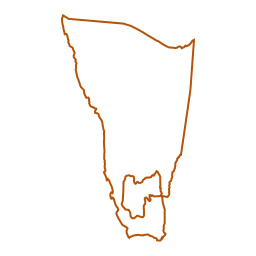 Mondol Seima, Kaôh Kong, Cambodia
{"feature_id": "14789045B23229264663112", "entity_name": "Mondol Seima", "entity_type": "district", "adm_level": 2, "iso_a3": "KHM", "parent_name": "Cambodia", "parent_adm1": "Kaôh Kong", "projection": "equal_earth", "projection_center": [102.98, 11.754], "detail": "fine", "context": "isolated", "style": "outline", "palette": "amber", "viewbox_px": 256, "rotation_deg": 0, "n_neighbors": 0, "source": "geoboundaries", "source_scale": "gbopen_adm2", "svg_char_len": 5819}
<svg xmlns="http://www.w3.org/2000/svg" viewBox="0 0 256 256"><path d="M163.0,203.6L162.5,200.7L162.5,198.9L162.0,196.9L161.9,196.2L162.6,196.1L165.8,196.7L166.4,196.6L167.1,197.1L167.5,196.9L168.3,196.1L169.2,194.5L169.3,192.9L168.9,192.3L169.3,191.2L168.9,189.2L169.0,188.7L169.5,188.0L169.6,187.5L169.2,186.4L169.2,185.6L169.3,185.0L169.7,184.4L169.8,184.1L169.5,183.3L169.4,182.4L169.7,181.9L170.8,181.1L171.2,180.3L171.5,178.9L172.2,177.3L172.2,174.6L172.4,172.3L172.6,172.0L173.5,171.5L173.7,171.3L174.4,169.4L174.6,168.9L174.6,168.5L175.0,167.9L175.1,166.8L175.4,165.2L175.3,164.4L175.3,163.0L175.8,162.6L176.3,161.4L176.9,160.5L177.3,159.6L177.2,158.8L177.4,158.5L178.0,158.0L178.2,157.3L179.2,157.2L179.3,157.0L179.3,156.3L179.7,155.7L179.9,155.2L180.3,154.8L180.7,154.6L181.0,154.7L190.4,90.1L194.0,39.9L192.6,40.6L189.7,44.5L187.7,45.8L187.1,45.7L186.3,46.2L185.4,45.7L183.9,47.4L182.7,47.5L181.9,48.3L181.0,47.2L180.4,46.7L179.8,46.5L179.2,46.4L178.4,46.8L176.7,47.8L175.3,48.1L173.2,47.7L169.7,47.5L168.4,47.2L165.9,46.0L161.9,43.7L158.6,41.4L156.3,40.4L147.0,34.9L143.6,32.7L137.7,29.4L130.8,25.9L123.4,23.6L68.8,18.9L63.1,15.4L62.0,18.8L62.2,22.3L62.6,24.4L63.3,26.8L63.4,27.3L63.3,28.4L63.8,30.1L64.5,32.7L64.6,33.4L64.6,34.1L64.8,34.3L66.3,34.0L66.6,34.2L66.9,34.8L67.6,36.9L68.0,39.2L68.5,40.3L68.6,40.8L68.3,41.6L68.3,42.3L69.1,44.1L69.7,45.9L70.0,46.2L71.5,47.0L72.5,47.7L72.9,48.4L73.3,49.9L74.1,51.5L74.5,52.6L74.6,53.3L73.7,55.6L73.7,56.9L74.5,58.3L75.5,59.3L75.7,59.7L75.8,60.0L75.4,60.8L75.3,61.2L76.5,63.2L76.5,63.6L76.1,64.6L76.0,65.4L76.1,67.6L76.1,68.0L75.8,68.8L75.7,69.8L76.2,71.8L76.9,75.2L77.5,77.8L78.2,79.2L78.6,80.4L78.9,81.4L79.3,82.4L80.1,85.1L81.0,87.1L82.0,88.0L83.7,89.9L84.1,91.2L84.1,92.5L84.3,93.5L84.7,94.2L84.7,94.8L85.8,96.7L86.1,97.5L86.3,97.8L86.5,97.8L88.0,97.5L88.3,97.6L89.0,98.5L89.2,99.3L89.1,99.6L88.8,100.3L89.5,101.7L89.5,102.2L89.1,103.0L89.3,103.7L90.3,105.9L90.9,106.4L92.0,106.8L92.6,107.3L93.3,107.3L93.7,107.4L94.3,108.0L95.0,108.5L96.1,108.6L96.3,108.8L95.9,109.6L95.1,111.3L94.9,112.2L95.0,112.7L95.6,113.0L97.5,113.4L98.4,114.1L98.6,114.4L98.9,116.1L99.9,118.0L101.4,120.1L102.1,121.7L102.5,123.7L102.8,126.1L103.2,127.5L103.4,129.4L104.1,130.8L104.2,131.4L104.0,133.5L104.2,138.3L104.0,141.3L104.0,143.8L104.2,146.6L104.2,148.0L104.4,149.0L104.5,151.9L104.3,154.2L104.2,158.9L104.8,160.7L104.8,161.4L104.6,162.5L104.8,162.8L105.0,164.2L104.7,165.6L104.7,167.3L105.4,170.4L105.3,171.0L105.1,171.4L103.9,172.2L104.9,174.3L106.4,177.9L106.8,180.3L107.2,180.3L107.5,180.1L107.6,179.3L107.7,179.0L108.7,179.9L109.7,181.8L109.7,182.1L110.1,183.0L110.2,183.4L111.3,185.6L111.6,186.6L112.1,187.7L112.4,189.6L112.6,190.1L112.8,190.9L112.8,191.8L112.5,193.2L111.9,192.8L111.5,192.3L111.4,192.3L111.2,192.4L110.8,193.0L110.5,193.6L110.3,194.5L110.3,195.4L110.6,197.0L110.8,197.5L110.9,198.2L111.3,198.7L111.8,198.7L112.1,197.6L112.3,197.5L113.0,197.7L113.4,198.2L114.1,199.7L114.9,202.8L115.8,205.4L116.8,206.9L117.5,207.4L118.3,210.0L116.5,212.5L116.3,213.3L116.7,214.5L117.1,215.7L118.8,218.9L119.6,220.1L119.9,220.9L120.6,221.9L122.2,224.7L122.9,225.2L124.4,226.0L125.6,226.9L126.2,226.9L127.5,228.4L127.2,229.3L126.5,230.9L126.5,231.5L126.7,232.8L127.5,235.1L128.0,236.0L128.4,237.0L128.6,237.2L128.6,236.8L129.2,237.5L129.5,237.6L130.0,237.0L130.7,236.8L132.7,235.9L135.5,235.1L136.0,235.2L138.2,234.8L139.6,235.2L143.3,235.4L143.8,235.0L145.2,234.7L147.8,234.5L148.0,234.7L148.6,234.8L149.9,235.8L152.5,236.5L153.2,237.0L153.5,237.4L154.2,237.8L156.2,238.3L156.7,238.7L157.1,240.3L158.8,240.6L159.5,240.4L159.8,240.5L160.4,240.5L161.2,239.5L161.5,238.4L161.5,238.2L161.7,237.9L161.9,238.8L162.2,238.7L162.1,238.1L161.9,238.0L162.0,237.8L162.3,238.1L163.9,236.1L165.0,235.1L165.3,234.4L165.5,233.8L164.1,232.5L163.8,232.1L163.6,231.2L163.4,230.9L163.3,230.5L163.9,228.6L163.7,228.4L163.7,227.8L163.7,225.8L164.7,223.2L164.7,214.9L164.6,212.6L164.8,209.9L163.0,203.6ZM157.6,171.9L159.8,175.7L160.2,176.6L160.2,177.6L160.4,186.0L160.0,186.5L160.0,187.0L160.3,187.2L160.4,187.7L160.5,187.9L160.6,188.1L160.3,188.1L160.3,188.4L160.5,188.7L160.6,191.0L161.3,192.1L161.5,193.0L161.8,193.3L161.9,193.6L160.8,195.2L160.6,195.9L160.5,196.0L160.0,196.1L154.1,196.5L153.5,196.2L153.3,196.0L153.1,195.6L152.9,195.5L152.5,195.4L151.9,195.9L151.4,196.0L151.1,195.8L150.7,195.8L150.5,195.6L150.7,195.3L150.6,195.1L150.4,195.2L149.8,195.0L149.6,195.1L149.6,195.3L150.0,195.5L149.9,196.1L149.6,196.4L149.7,198.3L149.9,198.6L150.5,199.0L150.6,199.5L150.4,200.5L149.9,201.0L149.6,201.1L149.3,201.0L148.9,200.7L147.9,199.4L146.9,198.0L146.5,197.7L145.9,197.5L145.2,197.8L144.7,198.5L145.2,201.1L145.3,203.4L145.0,204.0L143.9,205.5L143.8,206.2L143.7,207.0L144.0,211.0L144.0,213.2L144.0,214.7L143.8,215.8L143.5,216.4L142.9,217.1L141.7,217.2L137.7,215.8L137.1,215.8L134.4,218.1L134.0,218.3L132.9,218.3L132.1,218.0L130.9,217.0L130.7,216.2L130.4,214.9L130.2,212.5L129.9,211.9L129.4,211.2L128.7,209.9L127.5,209.8L125.3,209.4L125.3,209.1L122.9,206.5L122.4,205.5L121.9,204.9L121.7,204.1L121.8,203.6L122.0,203.3L122.2,202.4L122.7,201.0L122.8,200.1L123.4,189.4L123.5,182.2L123.6,181.8L124.1,181.1L124.6,180.1L125.1,178.7L125.5,176.8L125.9,176.2L126.8,175.7L129.0,175.3L129.5,175.4L130.8,176.3L131.5,176.1L132.9,176.2L133.4,176.5L133.9,177.0L134.2,178.4L134.0,180.3L134.0,181.3L134.2,182.1L134.6,183.1L135.3,183.8L135.9,183.6L136.8,182.3L137.2,182.0L137.7,181.9L138.0,182.3L139.0,183.0L140.1,182.9L141.9,182.2L142.3,181.8L143.1,179.9L143.6,179.5L144.6,179.0L145.4,177.9L146.2,177.7L146.6,177.8L147.8,177.4L149.3,177.7L149.6,177.6L150.1,177.2L151.1,177.1L151.4,176.3L151.9,175.7L152.4,175.6L152.7,175.2L153.1,175.3L153.6,175.6L153.8,175.6L154.3,175.0L154.4,174.1L155.3,173.4L155.9,172.4L156.0,172.0L156.7,171.2L156.9,171.3L157.6,171.9Z" fill="none" stroke="#b45309" stroke-width="2"/></svg>